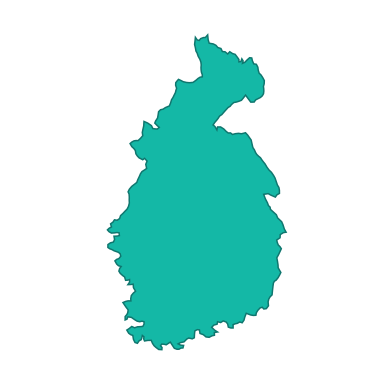 Boa Vista do Cadeado, Rio Grande do Sul, Brazil (orthographic projection), rotated 345°
{"feature_id": "56859067B11597481085294", "entity_name": "Boa Vista do Cadeado", "entity_type": "district", "adm_level": 2, "iso_a3": "BRA", "parent_name": "Brazil", "parent_adm1": "Rio Grande do Sul", "projection": "orthographic", "projection_center": [-53.842, -28.628], "detail": "fine", "context": "isolated", "style": "filled", "palette": "teal", "viewbox_px": 384, "rotation_deg": 345, "n_neighbors": 0, "source": "geoboundaries", "source_scale": "gbopen_adm2", "svg_char_len": 4912}
<svg xmlns="http://www.w3.org/2000/svg" viewBox="0 0 384 384"><g transform="rotate(345 192 192)"><path d="M100.5,206.7L101.6,208.9L103.5,210.8L106.4,211.4L108.9,211.7L111.0,212.5L110.6,215.3L108.3,215.2L105.2,214.5L104.9,217.9L103.1,220.0L100.0,220.0L97.2,221.0L96.4,223.8L97.8,225.5L99.8,226.9L101.5,228.6L103.1,229.7L105.3,231.2L106.6,233.0L106.6,235.6L104.1,237.4L101.7,237.6L99.7,238.6L100.6,242.1L101.9,244.2L104.3,245.6L102.3,247.2L100.9,249.5L101.6,252.0L103.5,254.9L104.9,256.6L105.0,260.1L107.0,260.5L109.0,260.4L108.4,262.9L106.1,264.9L108.8,265.5L111.3,265.8L110.7,269.3L111.8,273.2L109.1,274.5L106.6,276.3L105.2,279.2L104.8,281.4L102.1,280.6L99.7,280.5L96.7,280.9L97.5,283.3L98.5,286.2L99.8,289.3L98.8,291.8L97.4,293.5L95.2,295.0L94.3,298.3L96.3,298.0L97.7,296.0L101.0,297.4L103.6,300.5L105.6,302.6L108.0,303.8L110.2,303.8L112.1,304.9L111.5,307.2L109.7,309.1L107.3,308.7L104.5,308.1L101.4,308.3L99.0,306.3L95.8,307.7L93.3,308.5L94.3,312.0L95.8,313.9L97.7,315.2L97.3,319.2L98.0,322.6L100.1,324.0L102.5,322.0L104.7,321.5L105.9,319.7L106.9,317.7L108.1,319.4L107.3,321.4L107.6,323.6L110.8,323.9L114.2,324.7L114.7,328.1L115.6,330.7L116.9,332.7L119.1,335.5L122.1,336.5L122.8,334.4L121.8,332.4L123.4,331.1L125.6,331.8L127.5,332.9L130.0,332.1L132.2,331.4L133.4,335.1L134.5,338.4L136.8,340.0L138.8,340.5L140.8,339.9L142.9,340.3L144.2,338.0L141.4,337.0L139.3,335.1L141.9,334.5L145.5,334.7L148.9,332.7L151.1,332.2L154.2,333.9L156.5,333.4L157.6,330.0L158.8,326.9L161.4,326.3L163.5,327.1L163.1,330.7L166.0,332.7L168.0,335.6L171.0,336.8L174.0,336.1L176.6,336.2L177.2,333.5L180.4,333.8L178.1,331.3L176.0,327.8L178.7,326.2L182.0,326.2L183.1,323.9L185.9,325.5L188.8,324.6L191.4,326.5L192.3,328.8L192.1,331.9L194.1,333.3L196.5,334.0L197.4,330.7L199.6,330.5L201.8,330.6L204.5,329.9L206.6,331.3L209.0,329.3L210.6,326.5L213.0,323.2L215.1,324.7L216.9,326.0L219.3,327.1L221.8,327.6L222.9,325.3L224.9,323.4L227.8,321.6L230.0,321.5L231.1,323.6L233.6,323.9L236.4,321.7L237.1,317.7L238.6,315.1L240.4,313.4L242.7,312.1L244.4,307.6L245.9,303.8L247.1,301.0L248.5,299.5L250.5,298.9L252.9,297.1L255.1,294.9L257.0,292.7L256.2,289.9L255.6,287.4L256.2,284.8L256.6,281.2L256.9,277.5L259.4,274.9L263.6,269.9L262.8,267.5L261.6,265.5L261.3,262.7L261.4,260.3L265.2,259.0L266.2,256.0L269.8,254.9L272.5,255.2L271.6,251.7L271.4,247.2L270.9,243.9L269.6,241.8L268.0,239.2L267.6,235.8L265.8,233.0L263.3,229.1L263.5,226.8L262.3,224.9L262.1,222.1L261.1,217.6L260.6,212.8L265.2,213.3L267.1,215.2L271.2,218.5L273.3,216.7L276.1,216.0L276.9,212.9L277.1,210.1L276.3,207.4L276.0,202.8L275.8,200.0L275.1,197.2L273.8,193.5L272.1,190.7L270.8,187.4L269.8,183.7L268.7,181.3L267.7,178.8L267.0,176.6L265.6,174.7L264.3,172.5L263.6,170.3L263.2,167.5L262.3,164.8L262.4,161.6L262.6,157.1L261.4,153.9L260.5,151.4L259.0,148.6L256.7,148.6L254.7,148.5L252.2,147.4L249.0,146.9L246.0,146.9L244.5,144.9L242.3,144.4L240.8,142.5L239.0,139.3L236.5,136.6L233.5,135.8L232.1,138.5L231.1,134.7L229.7,132.7L232.0,130.7L234.5,129.0L236.2,127.7L238.3,125.8L240.9,124.9L243.7,123.0L246.6,121.1L248.8,119.7L251.0,119.1L252.7,117.8L255.5,116.4L258.2,116.6L260.8,116.5L263.5,116.2L265.9,114.5L268.8,112.3L272.0,120.4L275.3,121.2L277.3,119.5L280.1,118.9L282.6,118.4L284.8,117.3L286.5,115.6L287.5,113.1L288.0,110.9L288.3,108.6L289.7,106.2L290.7,103.1L289.9,99.7L288.9,96.7L287.6,94.6L287.5,91.6L287.9,88.5L287.2,85.3L284.8,84.2L284.3,80.8L284.4,78.0L282.4,77.2L279.4,78.7L276.6,80.4L274.1,80.8L275.3,78.6L274.6,76.3L273.0,78.7L271.0,78.4L271.6,76.2L270.8,73.9L269.3,70.2L267.0,68.8L264.8,66.3L262.2,67.9L260.2,65.1L257.7,64.2L257.1,60.9L254.3,59.1L253.1,56.5L250.9,54.5L247.1,52.7L247.0,49.2L247.4,46.7L247.8,44.3L244.9,46.2L243.0,45.8L240.0,46.1L238.2,47.5L236.4,46.5L235.3,43.5L234.0,46.9L232.7,50.1L232.6,53.6L232.3,56.9L232.9,59.1L233.1,62.5L234.0,66.0L234.2,68.9L233.8,71.6L232.9,74.1L232.4,76.4L232.1,78.7L232.3,81.2L231.8,83.4L229.5,83.2L227.2,83.9L225.0,85.0L221.4,86.4L217.9,85.8L215.1,84.8L212.1,83.2L209.9,81.2L208.1,79.7L206.3,80.9L204.6,82.2L203.8,84.7L204.0,87.8L202.7,89.8L201.7,91.7L199.9,93.7L198.0,95.9L196.1,97.6L194.4,100.4L192.4,103.0L190.2,103.3L188.1,103.6L185.5,104.5L182.9,104.4L180.5,105.8L179.2,108.8L177.9,111.6L175.2,114.0L173.9,115.8L175.5,118.7L177.1,121.1L174.8,122.2L172.7,121.5L170.6,120.6L170.0,117.4L167.1,114.0L163.9,111.4L162.5,115.6L160.8,118.8L159.4,121.6L159.0,124.9L156.2,126.8L153.2,128.4L151.2,127.8L149.2,127.6L147.0,128.1L144.7,129.2L145.6,132.6L147.1,135.0L148.0,137.3L147.7,140.6L148.5,143.0L149.7,145.3L152.8,148.1L154.9,147.2L156.6,150.5L154.5,153.3L154.3,157.5L151.9,158.4L149.0,159.3L147.0,161.0L145.2,163.3L142.8,166.1L141.1,168.5L135.2,171.0L132.2,173.1L130.3,175.3L130.7,177.7L130.1,180.7L129.3,183.4L128.6,186.5L126.9,189.5L124.9,191.7L122.0,193.4L119.8,194.8L116.9,196.3L115.2,198.9L112.4,199.9L109.9,198.8L107.9,200.6L105.1,201.7L105.2,204.9L102.5,205.6L100.5,206.7Z" fill="#14b8a6" stroke="#0f766e" stroke-width="1.5"/></g></svg>